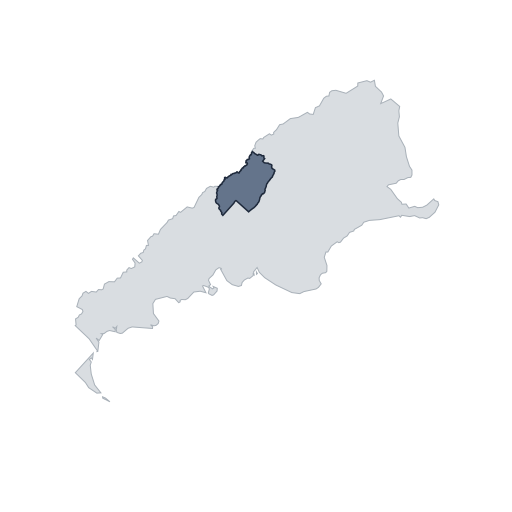 location of Mendoza within Argentina, rotated 42°
{"feature_id": "ARG-1275", "entity_name": "Mendoza", "entity_type": "Province", "adm_level": 1, "iso_a3": "ARG", "parent_name": "Argentina", "parent_adm1": "", "projection": "natural_earth1", "projection_center": [-68.979, -34.756], "detail": "fine", "context": "in_parent", "style": "filled", "palette": "slate", "viewbox_px": 512, "rotation_deg": 42, "n_neighbors": 0, "source": "natural_earth", "source_scale": "10m", "svg_char_len": 8674}
<svg xmlns="http://www.w3.org/2000/svg" viewBox="0 0 512 512"><g transform="rotate(42 256 256)"><path d="M316.4,153.7L313.5,158.8L314.0,162.3L311.3,170.4L311.9,172.0L309.7,175.9L310.3,180.1L309.1,184.1L309.5,189.2L308.6,190.7L306.8,191.1L305.3,198.2L306.7,205.0L305.3,206.3L307.6,211.3L315.1,215.6L318.9,220.0L318.9,221.8L316.8,224.5L316.5,226.8L317.5,230.0L319.4,231.9L323.1,233.1L323.4,237.5L322.7,240.3L315.4,250.4L313.7,254.7L307.1,259.2L290.1,264.3L276.9,266.3L269.4,265.9L264.5,263.8L264.8,269.5L267.2,271.2L265.9,271.2L267.0,272.3L266.3,276.9L264.7,277.8L263.4,281.6L263.4,285.0L264.9,287.7L263.3,290.4L257.5,293.2L250.8,293.8L238.5,289.5L239.0,288.7L238.3,288.5L236.3,289.4L235.4,293.2L236.7,299.0L236.2,304.1L236.9,305.8L241.4,307.7L241.0,309.8L242.5,310.0L245.7,309.5L246.1,307.9L244.5,307.3L248.8,305.9L250.5,308.1L250.5,313.3L249.7,314.7L246.3,315.6L245.3,315.4L243.4,311.7L241.8,311.0L236.9,312.9L236.3,314.1L243.4,316.8L238.1,319.5L233.9,324.4L233.7,333.3L232.7,335.8L229.8,338.1L229.3,339.8L230.3,340.8L229.8,342.4L224.4,341.9L220.4,344.6L216.9,345.6L210.3,355.5L211.2,360.4L218.3,367.4L227.4,369.3L228.5,371.7L228.1,374.5L226.9,376.1L223.6,377.7L226.5,377.7L227.6,379.1L211.4,391.6L209.3,395.3L208.3,402.8L207.0,404.4L203.7,405.9L201.5,404.3L199.7,401.5L199.8,403.8L196.7,404.6L200.4,404.7L202.1,406.5L197.1,409.3L195.7,411.7L195.0,415.2L193.1,417.2L194.6,416.8L196.0,423.6L192.1,424.0L196.9,425.1L202.3,432.8L201.8,433.4L201.7,432.6L187.4,429.2L168.2,428.7L168.4,427.6L164.0,423.5L164.9,420.5L164.2,418.0L165.1,415.8L164.5,413.0L162.8,412.0L156.7,413.6L153.2,406.1L153.4,402.0L152.3,399.4L153.3,396.1L156.5,395.9L157.4,392.4L161.4,389.7L161.4,386.3L163.9,384.4L164.5,382.7L162.2,378.3L163.8,373.5L168.1,369.9L167.7,365.3L170.0,363.0L168.2,356.9L170.6,354.3L169.4,352.9L169.4,349.6L171.7,348.8L173.2,345.2L170.8,342.1L166.4,341.1L166.1,339.5L174.1,339.4L175.1,336.8L174.5,335.3L168.5,334.6L168.5,331.1L169.8,328.9L168.7,326.6L169.1,324.6L167.5,321.5L169.0,320.1L165.0,317.0L165.0,311.8L165.9,310.5L165.3,307.7L168.9,305.1L167.2,300.1L167.5,290.5L166.9,287.9L169.1,284.0L167.9,281.4L169.5,279.4L168.9,274.5L170.7,274.1L172.0,265.6L176.6,263.1L177.5,261.4L174.3,250.6L174.6,246.6L173.9,244.7L174.8,242.3L174.0,238.9L175.4,234.8L178.5,233.1L178.8,231.7L182.0,228.9L181.9,222.0L180.4,218.5L182.1,217.2L183.1,211.9L185.6,206.4L187.7,205.4L187.2,199.1L188.0,193.4L185.2,192.3L185.9,188.2L184.9,187.3L184.3,182.9L182.5,179.2L182.3,177.4L183.4,176.4L181.3,174.9L179.9,171.4L180.2,168.2L180.6,166.0L182.8,164.4L182.4,162.8L184.2,156.2L186.5,155.9L187.6,153.5L186.4,152.3L186.7,148.3L185.7,142.6L187.8,139.8L189.6,130.9L194.7,124.7L198.1,114.8L200.8,114.6L203.8,112.5L200.9,106.0L202.7,102.0L200.8,93.4L201.4,90.2L203.1,88.3L201.2,85.1L201.8,82.4L204.5,79.4L214.1,74.8L217.9,61.6L215.9,59.3L221.1,51.5L224.8,50.2L226.4,46.2L231.2,50.0L239.6,50.2L243.7,51.7L246.7,59.3L251.1,49.1L262.7,48.7L265.0,52.5L269.4,56.6L272.4,62.3L281.8,71.2L294.0,75.6L301.4,81.6L310.1,86.7L314.4,87.8L317.7,91.4L318.4,94.0L316.4,96.1L314.8,100.1L312.4,102.3L311.4,104.9L311.5,108.1L306.8,114.5L306.9,116.8L311.5,116.3L322.6,118.8L328.0,118.8L329.8,119.9L332.8,116.9L337.5,118.1L340.7,112.9L343.8,111.9L347.2,108.3L348.9,103.9L349.9,94.6L351.7,95.2L354.8,93.9L357.6,95.7L359.7,103.7L358.9,111.3L357.5,114.4L354.1,116.1L352.2,118.2L346.8,119.9L343.8,123.9L337.1,128.2L337.4,130.5L335.3,130.4L323.7,146.1L316.4,153.7ZM199.8,463.6L200.0,437.0L203.7,442.3L201.9,441.9L201.4,444.4L204.5,445.0L205.9,448.1L212.6,454.0L222.4,459.8L232.3,461.5L229.5,464.4L219.8,465.8L214.0,464.2L199.8,463.6ZM236.2,463.3L239.2,462.3L245.0,462.1L237.3,464.2L236.2,463.3ZM268.8,268.1L268.6,269.3L266.9,267.5L268.8,268.1Z" fill="#d9dde1" stroke="#a8b0b8" stroke-width="1"/><path d="M186.0,193.5L185.7,192.8L185.6,192.6L185.2,192.3L185.0,192.1L185.0,191.9L184.9,191.6L185.1,190.9L185.1,190.6L185.0,190.4L184.9,190.2L185.0,190.0L185.2,189.8L185.5,189.7L185.7,189.4L185.8,188.9L185.9,188.6L186.1,188.3L186.1,188.1L185.9,188.0L185.7,187.9L185.2,187.5L184.6,186.7L184.5,186.4L184.2,185.0L184.2,184.7L184.2,184.3L184.3,184.2L184.5,184.2L184.4,183.9L184.4,183.6L184.4,183.4L184.4,183.1L184.3,182.9L184.1,182.7L183.7,182.5L183.5,182.1L183.5,181.1L183.4,180.9L183.5,180.9L185.1,180.6L185.5,180.6L185.8,180.7L186.3,180.8L188.3,180.3L189.5,180.2L189.8,180.1L189.9,179.9L189.9,179.7L190.0,179.6L189.9,178.9L190.0,178.6L190.2,178.4L190.3,178.4L191.0,178.1L191.3,178.0L191.6,177.7L191.8,177.6L192.1,177.5L192.7,177.6L193.2,177.7L193.5,177.6L193.6,177.4L193.8,177.0L193.9,176.9L194.0,176.8L194.3,176.7L194.5,176.4L194.9,176.4L195.0,176.4L195.1,176.5L195.7,177.2L195.8,177.4L195.9,177.6L196.1,177.8L196.3,177.9L196.6,177.9L197.1,177.8L197.3,177.8L197.5,181.1L199.8,181.2L200.3,180.9L202.1,179.6L202.5,179.3L202.6,179.0L202.7,178.9L202.9,178.8L204.1,178.8L204.3,178.7L204.7,178.5L205.1,178.2L206.4,177.8L206.8,177.8L207.1,178.0L207.4,178.3L207.5,178.5L207.6,178.9L207.7,179.1L208.1,179.3L208.3,179.4L208.4,179.5L208.7,179.9L208.7,180.0L209.7,180.1L209.9,180.1L210.0,180.0L210.3,180.0L210.6,180.0L211.2,179.8L211.9,179.8L212.1,179.8L212.2,179.7L212.3,179.6L212.5,179.7L213.3,180.3L213.3,180.8L213.6,182.0L213.9,182.2L214.0,182.3L214.1,182.5L214.1,182.8L214.2,183.0L214.3,183.1L214.3,183.5L214.5,183.9L214.5,184.0L214.7,185.3L214.8,185.5L215.0,185.7L215.1,185.8L215.2,186.2L215.2,186.4L215.3,186.5L215.2,187.0L215.1,187.4L215.1,187.5L215.2,188.1L215.2,188.4L215.1,188.5L215.1,189.0L215.3,189.5L215.3,189.9L215.2,190.1L215.3,190.2L215.4,190.5L215.4,191.6L215.4,192.6L215.5,193.0L215.5,193.6L215.8,194.2L215.8,194.4L215.7,195.0L215.8,195.2L215.9,195.5L216.8,197.3L217.1,197.5L217.3,198.1L217.4,198.7L217.7,199.2L217.9,200.0L218.0,200.3L218.2,200.6L218.6,200.9L218.8,201.0L219.1,201.4L219.2,202.0L219.3,202.2L219.5,202.3L219.7,202.6L219.8,203.0L219.9,203.3L219.9,203.5L219.9,203.9L219.8,204.6L219.8,204.9L219.7,205.1L219.4,205.0L219.1,205.5L219.2,206.0L219.2,206.9L219.4,207.2L219.2,207.4L219.3,207.6L219.5,207.8L219.6,208.0L219.6,209.1L219.9,209.9L219.9,210.2L220.0,210.4L220.5,210.9L221.7,213.4L221.9,214.4L222.0,214.6L221.9,215.3L221.9,215.5L222.0,215.9L222.1,216.2L222.1,216.3L222.3,216.7L222.3,216.9L222.3,217.1L222.1,217.9L222.2,218.0L222.3,218.1L222.3,218.4L222.2,218.7L222.3,219.5L222.2,220.5L222.1,221.6L222.1,221.9L221.8,222.6L221.6,223.9L221.2,225.9L221.1,226.9L221.0,227.5L221.0,228.1L216.5,228.1L204.3,228.1L204.1,228.2L203.9,228.4L203.8,229.2L203.8,229.8L203.8,230.0L204.2,231.6L204.2,238.8L204.2,248.0L202.4,247.8L202.2,247.6L202.0,247.4L201.7,246.8L201.6,246.6L201.4,246.5L200.7,246.5L200.4,246.4L199.9,246.3L199.6,246.2L199.2,245.7L197.7,245.8L197.2,245.7L196.7,245.5L196.3,245.3L196.1,244.9L195.9,243.9L195.6,243.5L195.4,243.4L194.9,243.2L194.5,243.1L193.8,242.8L193.4,242.8L191.6,243.1L191.1,243.1L190.5,243.0L190.1,242.8L189.3,242.3L188.9,242.0L188.2,241.0L188.1,240.9L188.2,240.7L188.3,240.5L188.4,240.4L188.4,240.2L188.5,239.9L188.4,239.7L188.4,239.1L188.2,238.9L187.9,238.8L187.6,238.6L187.2,238.3L187.1,238.2L186.9,237.6L186.8,237.3L186.7,237.1L186.3,236.8L186.1,236.7L185.9,236.3L185.7,236.1L185.5,235.9L184.7,235.7L184.4,235.4L184.2,234.9L183.9,234.1L183.9,233.9L183.6,233.0L183.5,232.9L183.4,232.8L183.3,232.7L183.2,232.7L182.9,232.9L182.8,233.0L182.7,232.9L182.4,232.6L182.3,232.3L182.3,232.0L182.3,231.8L182.3,231.7L182.5,231.5L182.5,231.4L182.5,231.2L182.5,230.8L182.5,230.7L182.4,230.4L182.2,230.1L181.8,229.9L181.8,229.6L182.0,229.2L182.2,228.9L182.3,228.7L182.2,228.5L181.9,227.7L182.0,227.3L182.2,227.2L182.2,226.9L181.9,226.9L181.9,226.4L182.5,225.7L182.5,225.3L182.3,225.1L181.8,223.8L181.8,223.6L181.9,223.1L181.9,222.8L181.9,222.3L182.0,221.8L181.9,221.6L181.7,221.4L181.6,221.2L181.3,220.4L181.3,220.2L181.6,220.0L181.7,219.9L181.6,219.6L181.3,219.3L180.8,219.3L180.4,219.1L180.2,218.6L180.6,218.0L182.2,217.5L182.3,216.6L182.3,215.6L182.5,214.7L183.3,212.7L183.2,212.6L183.0,212.3L182.9,212.1L183.1,212.0L183.3,211.8L183.5,211.4L183.6,210.5L183.8,210.0L184.0,209.8L184.4,209.4L184.6,209.2L184.8,208.5L185.0,208.3L185.4,207.8L185.5,207.6L185.5,207.3L185.5,206.9L185.5,206.5L185.5,206.3L185.7,206.1L186.2,206.0L186.5,206.0L187.1,206.2L187.9,205.6L187.8,205.2L187.6,204.7L187.4,204.3L187.5,204.2L187.5,203.9L187.6,202.9L187.6,202.3L187.5,202.0L187.3,201.9L187.2,202.0L187.1,201.6L187.2,201.1L187.2,200.9L187.0,199.9L187.0,199.6L187.4,199.2L187.6,199.0L187.6,198.8L187.3,198.4L187.2,198.2L187.2,197.9L187.4,197.2L187.4,196.9L187.4,196.7L187.5,196.7L187.8,196.5L187.8,196.4L187.8,195.8L187.9,195.6L188.0,195.4L188.2,195.0L188.3,194.8L188.3,194.6L188.1,194.1L188.0,193.4L187.8,193.1L187.5,192.9L187.1,192.8L186.7,192.8L186.3,193.5L186.0,193.5Z" fill="#64748b" stroke="#1e293b" stroke-width="1.5"/></g></svg>